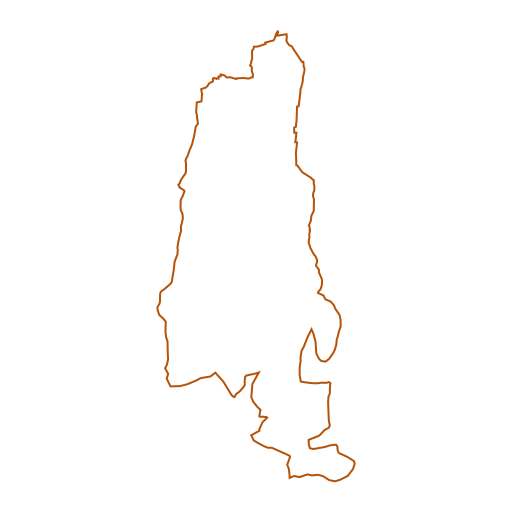 Lisa, Brasov, Romania
{"feature_id": "2599482B61913429007955", "entity_name": "Lisa", "entity_type": "district", "adm_level": 2, "iso_a3": "ROU", "parent_name": "Romania", "parent_adm1": "Brasov", "projection": "albers", "projection_center": [24.869, 45.68], "detail": "fine", "context": "isolated", "style": "outline", "palette": "amber", "viewbox_px": 512, "rotation_deg": 0, "n_neighbors": 0, "source": "geoboundaries", "source_scale": "gbopen_adm2", "svg_char_len": 5732}
<svg xmlns="http://www.w3.org/2000/svg" viewBox="0 0 512 512"><path d="M347.5,476.2L347.8,475.8L352.9,469.2L354.5,464.5L354.6,463.2L354.0,461.1L350.6,458.9L347.1,456.8L338.9,453.0L337.7,450.6L337.3,446.2L336.0,444.7L330.3,445.3L324.8,447.0L313.5,449.0L309.9,448.2L308.9,444.8L308.6,439.9L319.3,435.6L324.4,430.2L328.7,427.8L329.8,425.5L328.8,420.5L328.1,401.9L328.5,396.5L329.8,393.8L329.9,387.6L330.4,383.2L328.9,382.1L326.5,382.8L320.9,382.7L317.9,383.3L312.2,383.2L303.5,382.1L300.8,381.5L299.6,374.8L299.7,367.2L300.7,360.4L300.4,358.5L301.6,350.7L303.8,346.8L307.2,338.0L309.2,333.9L311.5,329.3L313.6,334.3L315.5,341.5L316.2,351.8L316.6,354.3L319.2,359.0L321.3,361.0L325.5,361.6L327.2,360.3L329.0,359.0L333.1,353.2L334.8,349.8L336.3,344.6L336.8,339.1L337.7,336.7L339.0,331.3L340.7,326.1L340.6,320.2L339.6,315.1L335.2,308.6L333.9,305.2L330.7,301.6L325.6,299.4L324.6,297.9L323.5,295.5L318.0,293.0L318.2,291.9L320.4,289.5L321.8,285.5L322.1,280.4L321.8,279.0L319.1,272.8L318.8,269.5L316.0,265.8L316.1,264.6L317.1,262.1L317.0,259.9L315.6,256.5L313.4,253.7L310.5,248.2L308.6,242.2L309.5,236.3L309.2,234.3L310.0,231.2L309.5,230.2L310.0,229.2L309.4,227.0L309.3,225.8L308.9,225.4L310.8,220.9L311.4,215.8L313.8,210.7L313.8,208.1L313.9,203.5L314.0,199.6L313.0,196.1L313.2,193.2L314.3,190.3L314.4,186.1L313.7,183.7L313.8,180.1L312.6,179.5L310.9,177.7L302.2,172.2L298.1,166.4L296.7,165.1L296.3,165.1L296.2,159.9L295.9,152.8L297.1,142.4L295.2,142.2L295.8,139.0L296.4,132.7L294.3,132.7L294.2,131.2L294.1,127.6L296.0,126.7L296.1,123.9L296.5,121.5L296.7,116.0L296.9,112.4L296.9,111.2L297.0,107.3L297.1,106.6L297.2,106.4L298.4,106.4L298.6,106.3L298.7,106.1L298.9,104.5L298.9,104.1L299.0,103.7L299.2,102.3L299.4,100.5L299.5,99.7L299.6,98.7L299.8,97.2L299.9,96.1L300.0,95.5L300.1,94.7L300.1,94.2L300.2,93.6L300.3,92.7L300.4,91.8L300.4,91.3L300.4,90.7L300.4,90.1L300.5,89.7L300.6,89.3L300.7,88.8L300.8,88.6L301.0,88.0L301.5,86.3L301.7,85.5L302.0,84.5L302.2,83.7L302.4,82.7L302.5,82.3L302.7,81.5L302.7,80.9L302.8,80.1L302.9,78.8L303.0,77.1L303.2,76.2L303.4,75.1L303.6,74.6L303.7,74.0L303.9,73.1L304.1,72.4L304.2,71.7L304.4,70.8L304.5,70.1L304.5,69.6L304.4,68.0L303.8,67.1L303.7,65.9L303.6,64.4L303.5,63.2L303.3,61.8L302.4,62.0L302.1,62.1L300.7,60.1L300.2,59.2L299.7,58.6L298.7,57.0L295.1,51.6L291.7,46.3L291.0,46.0L289.0,45.0L287.4,42.7L286.4,40.9L286.7,37.5L286.8,36.0L286.5,34.2L285.8,34.3L283.0,34.8L280.4,35.2L278.8,35.5L277.0,35.7L277.4,34.0L277.7,33.7L278.1,32.6L278.0,31.4L278.1,30.7L277.5,31.6L276.2,33.7L275.8,34.7L275.5,35.9L274.7,38.3L274.4,39.0L273.4,40.5L270.0,41.3L267.1,42.1L265.2,42.6L265.6,43.9L264.6,44.3L260.6,45.6L260.1,45.8L259.5,45.9L258.6,46.2L257.4,46.6L256.9,46.6L256.3,46.6L254.4,46.7L253.9,46.7L253.8,47.8L253.5,48.5L253.2,49.5L252.7,49.9L252.2,50.4L252.0,51.9L252.1,55.4L252.2,58.8L251.2,61.4L251.3,62.0L251.2,62.9L250.9,63.6L250.5,64.7L250.1,65.4L250.6,66.0L251.4,66.5L251.9,67.6L251.7,68.3L251.8,69.9L251.8,71.2L252.5,73.2L252.9,74.2L252.8,75.8L252.7,77.4L251.1,77.5L250.2,77.9L249.5,78.4L248.6,78.5L246.7,78.4L245.9,78.3L244.0,78.0L242.3,78.1L239.6,78.2L236.8,78.3L236.4,79.0L235.3,78.8L233.5,78.2L231.4,77.6L230.9,77.5L230.4,77.4L229.2,77.2L228.8,77.2L228.5,77.3L227.6,77.5L227.1,77.5L226.6,77.2L226.2,77.1L225.4,76.2L224.8,75.6L224.1,75.4L223.4,75.1L222.2,74.7L220.7,74.5L220.7,76.3L218.6,76.4L218.5,78.6L216.9,78.3L216.5,78.9L215.2,78.4L214.7,78.2L214.4,78.0L213.1,78.3L212.9,80.3L213.0,81.0L213.0,81.4L211.1,82.3L209.5,83.2L208.9,83.6L207.9,85.5L205.8,87.6L204.1,88.1L201.2,89.2L201.6,91.8L201.9,93.1L202.2,94.0L201.9,95.3L201.5,101.4L197.0,102.3L196.8,102.5L196.7,103.8L196.4,108.0L196.2,110.8L196.3,112.9L196.6,114.0L196.8,114.7L197.0,115.9L197.0,116.9L197.1,118.3L197.5,120.1L198.0,123.6L195.7,126.8L195.5,128.0L194.3,135.0L193.6,138.1L192.5,142.5L192.2,144.0L189.4,150.7L188.4,153.5L187.9,155.2L186.9,157.3L186.3,158.3L185.7,159.7L185.5,161.7L186.0,163.2L186.0,164.8L186.0,167.2L186.0,171.2L185.8,171.7L185.5,173.4L184.2,175.2L183.4,176.3L181.9,178.5L180.7,180.4L179.9,182.9L178.3,184.9L179.6,186.8L179.5,187.5L184.0,190.3L184.5,191.2L182.6,196.3L181.4,198.4L181.1,199.3L180.6,200.7L180.5,201.0L180.7,201.8L180.5,206.6L180.8,210.2L182.4,213.6L182.9,218.0L182.1,222.1L181.1,225.6L180.9,226.8L180.9,228.1L181.0,229.5L181.1,230.6L180.8,231.9L180.6,232.6L180.3,233.1L180.0,234.7L179.6,235.9L179.5,236.4L179.2,237.7L179.0,238.5L178.9,239.9L178.4,241.3L178.4,242.1L178.1,243.0L177.4,248.0L177.8,249.9L177.4,254.5L174.6,261.8L173.7,270.3L172.1,279.8L171.7,281.9L170.7,283.6L164.2,289.3L161.7,291.0L160.7,292.0L160.1,294.1L160.0,301.4L159.5,303.7L157.7,306.7L157.4,308.3L157.7,310.3L159.2,314.8L160.5,316.1L163.6,318.9L165.8,321.8L165.6,326.1L165.5,332.5L166.2,337.6L167.5,341.2L167.7,350.1L167.8,353.8L168.1,359.2L167.0,364.5L165.1,368.3L168.2,373.8L166.7,378.6L170.5,386.4L180.0,386.1L187.1,384.3L196.5,380.4L200.7,378.1L210.4,376.5L215.4,372.7L223.3,381.6L227.4,388.2L231.7,395.3L234.0,397.1L234.8,396.6L236.0,394.1L239.4,391.7L240.6,390.4L243.6,386.9L244.8,385.0L244.7,380.8L245.1,376.9L246.2,375.6L249.6,374.8L255.8,373.5L258.8,372.5L252.4,384.1L251.3,397.3L252.3,399.5L253.2,401.7L257.3,406.8L260.5,409.9L259.9,412.8L259.3,416.4L259.9,416.7L261.2,416.8L262.2,416.8L263.0,416.6L264.5,417.0L266.2,416.9L267.2,417.7L262.6,422.1L259.3,429.3L259.5,430.7L251.2,435.2L253.8,440.5L258.9,443.5L261.9,445.1L264.9,446.6L268.0,447.8L269.8,447.7L271.9,447.8L287.2,454.6L289.7,455.9L290.0,457.1L287.2,464.8L288.8,468.8L289.2,472.2L289.6,475.6L289.6,477.3L289.6,477.9L292.6,476.6L293.5,476.2L294.9,476.1L298.5,477.0L299.9,477.0L307.5,474.4L311.8,475.4L318.2,474.8L323.3,476.3L327.6,479.1L329.2,480.1L335.1,481.3L340.3,479.7L341.7,479.0L342.1,478.8L347.0,476.3L347.5,476.2Z" fill="none" stroke="#b45309" stroke-width="2"/></svg>